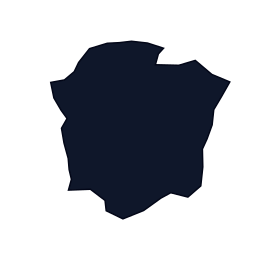 Strovolos, Nicosia, Cyprus (Mercator projection), rotated 20°
{"feature_id": "46923920B23243787591714", "entity_name": "Strovolos", "entity_type": "district", "adm_level": 2, "iso_a3": "CYP", "parent_name": "Cyprus", "parent_adm1": "Nicosia", "projection": "mercator", "projection_center": [33.346, 35.13], "detail": "fine", "context": "isolated", "style": "filled", "palette": "ink", "viewbox_px": 256, "rotation_deg": 20, "n_neighbors": 0, "source": "geoboundaries", "source_scale": "gbopen_adm2", "svg_char_len": 628}
<svg xmlns="http://www.w3.org/2000/svg" viewBox="0 0 256 256"><g transform="rotate(20 128 128)"><path d="M39.8,111.6L48.1,125.1L59.2,134.3L67.5,139.9L65.6,151.0L73.0,164.0L82.2,177.0L86.9,187.2L92.4,195.6L93.3,206.7L113.6,198.4L131.2,203.9L135.8,213.2L154.3,215.1L170.9,200.2L182.9,182.6L190.3,174.2L207.9,172.4L216.2,157.5L211.6,139.0L205.1,122.3L206.0,111.1L206.0,96.3L202.3,81.4L205.1,66.6L207.9,49.9L188.5,49.0L168.1,41.5L154.3,51.7L132.1,59.2L131.2,48.0L134.1,40.9L117.3,41.5L101.6,45.3L90.6,50.8L79.5,55.5L64.7,66.6L59.2,83.3L58.2,93.5L51.8,104.6L39.8,111.6Z" fill="#0f172a" stroke="#020617" stroke-width="1.5"/></g></svg>